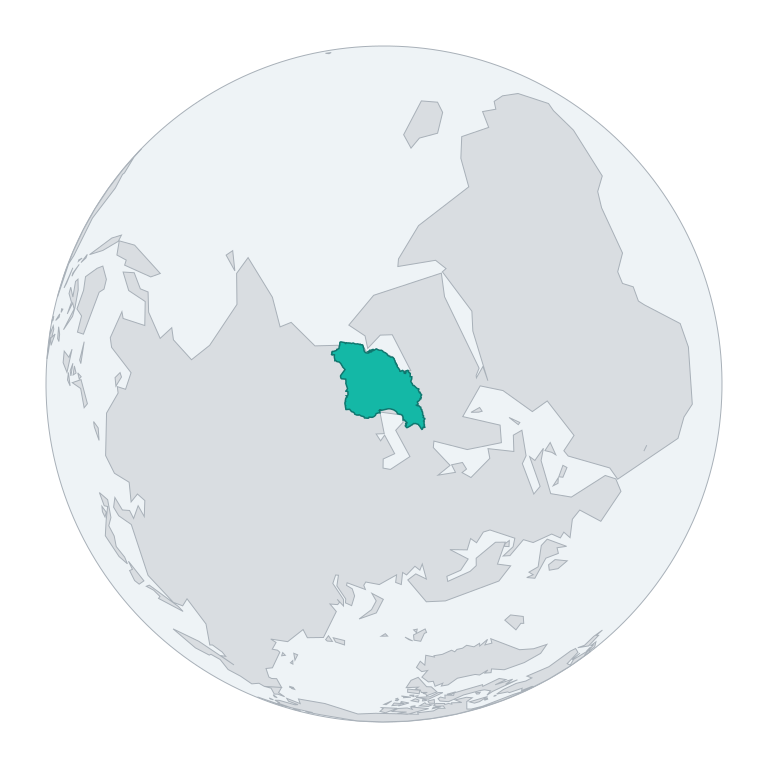 Iran highlighted on a globe, orthographic projection, rotated 181°
{"feature_id": "IRN", "entity_name": "Iran", "entity_type": "country or territory", "adm_level": 0, "iso_a3": "IRN", "parent_name": "Asia", "parent_adm1": "", "projection": "orthographic", "projection_center": [53.162, 32.435], "detail": "fine", "context": "on_globe", "style": "filled", "palette": "teal", "viewbox_px": 768, "rotation_deg": 181, "n_neighbors": 0, "source": "natural_earth", "source_scale": "50m", "svg_char_len": 16514}
<svg xmlns="http://www.w3.org/2000/svg" viewBox="0 0 768 768"><g transform="rotate(181 384 384)"><circle cx="384" cy="384" r="338" fill="#eef3f6" stroke="#a8b0b8"/><path d="M404.4,46.7L406.5,46.9L441.0,52.1L456.9,54.8L449.5,54.2L483.0,61.2L505.0,68.9L477.0,59.9L471.8,58.9L485.1,63.3L482.6,63.4L487.6,65.9L483.4,65.9L467.4,61.7L464.4,61.9L474.0,65.2L475.8,68.0L462.2,63.0L464.0,67.6L437.6,63.5L404.4,53.6L386.6,54.6L343.9,54.4L344.6,55.9L328.9,58.0L323.9,60.7L317.4,60.8L319.0,63.1L325.8,62.6L328.8,63.7L326.5,65.5L317.8,65.6L317.7,64.6L313.9,65.7L310.6,65.1L310.9,66.4L300.7,66.9L307.3,69.4L296.1,72.2L290.3,71.8L295.7,68.0L295.5,60.5L291.2,60.5L279.9,63.5L248.5,76.2L241.8,78.4L229.4,84.2L230.8,84.2L241.1,79.9L240.6,82.2L253.3,77.6L254.9,78.3L266.0,75.9L259.2,80.7L246.5,87.0L237.0,89.5L231.1,92.7L236.0,94.4L214.2,104.2L192.8,120.3L187.8,122.9L185.4,119.1L196.0,107.6L192.9,106.2L189.6,112.0L176.9,119.9L172.6,123.6L170.3,126.6L173.0,125.8L167.6,129.9L168.8,124.8L173.7,120.9L173.3,122.3L178.2,117.3L179.0,115.5L172.5,120.5L173.6,119.6L193.5,104.9L214.5,91.7L236.3,80.1L259.0,70.1L282.3,61.8L306.1,55.2L330.4,50.4L355.0,47.3L379.7,46.1L404.4,46.7ZM468.9,57.4L461.4,55.4L469.5,57.4L468.9,57.4ZM489.0,66.3L491.9,67.0L493.3,68.1L489.0,66.3ZM269.0,73.6L267.5,74.7L266.2,74.5L269.0,73.6ZM275.2,71.7L274.8,70.7L277.7,69.7L277.9,70.3L275.2,71.7ZM488.1,69.4L489.4,71.4L485.3,68.5L488.1,69.4ZM275.1,73.3L282.9,68.1L288.0,66.5L293.0,67.7L275.1,73.3ZM488.3,72.1L491.6,77.9L498.4,79.6L481.1,78.8L484.0,73.6L477.9,69.6L484.5,72.0L488.3,72.1ZM329.0,61.7L321.6,62.3L329.9,60.2L329.0,61.7ZM333.7,60.2L355.1,54.1L364.9,54.8L355.7,56.4L370.2,56.6L364.4,59.8L355.2,60.5L350.0,59.2L351.8,61.6L333.7,60.2ZM471.0,77.9L469.4,79.0L468.0,77.1L471.0,77.9ZM330.6,64.0L334.1,62.4L342.9,62.8L337.5,66.0L336.4,64.8L330.6,64.0ZM376.8,55.3L382.3,56.6L379.2,59.4L380.9,60.4L365.1,60.0L376.8,55.3ZM333.2,65.7L334.6,67.8L328.3,69.4L327.9,65.6L333.2,65.7ZM347.4,61.6L351.3,62.1L347.4,62.8L347.4,61.6ZM306.9,77.5L310.9,75.0L315.7,74.9L306.9,77.5ZM335.5,68.5L337.7,68.0L340.0,67.8L339.6,69.6L335.5,68.5ZM364.0,62.3L361.5,63.5L370.3,62.6L368.3,65.2L358.1,64.6L361.7,66.0L361.1,66.8L353.5,65.5L364.0,62.3ZM346.4,71.1L332.7,72.1L324.3,76.4L319.7,76.5L334.0,69.6L346.4,71.1ZM351.2,67.8L347.2,69.8L343.5,68.6L344.0,66.6L351.2,67.8ZM370.7,67.3L376.3,63.4L378.4,63.7L370.7,67.3ZM344.6,72.5L348.0,72.3L344.5,72.9L344.6,72.5ZM363.5,69.0L365.2,67.5L367.5,67.8L363.5,69.0ZM353.2,73.3L348.8,73.5L348.9,72.0L353.2,73.3ZM358.5,71.5L361.2,72.4L351.7,71.3L358.9,70.7L358.5,71.5ZM365.3,69.6L367.2,69.3L364.3,70.2L365.3,69.6ZM355.0,79.4L343.0,78.4L343.4,74.9L355.0,76.2L355.0,79.4ZM80.3,426.3L75.4,369.2L83.5,356.2L89.1,334.8L148.7,292.9L156.8,304.0L198.6,315.2L203.0,320.4L193.1,335.9L220.5,369.9L235.2,359.0L264.9,379.5L287.8,383.8L304.7,352.8L267.2,344.9L265.6,327.4L299.6,319.9L333.1,327.8L333.6,321.3L316.5,303.8L328.4,293.8L311.0,296.9L315.0,304.4L304.2,306.9L300.0,300.4L304.4,296.8L295.4,292.0L276.9,311.5L278.9,321.2L253.0,318.8L253.8,335.1L245.3,340.2L240.7,314.7L244.3,306.8L232.3,276.6L226.1,284.4L237.1,313.9L231.8,310.2L223.5,322.5L225.6,310.2L215.4,277.3L194.7,274.2L161.2,296.4L150.6,293.2L145.2,280.8L164.8,250.5L186.1,261.4L193.3,252.1L195.3,233.6L201.6,239.0L205.0,233.2L213.7,236.9L232.1,228.1L241.9,230.8L255.1,214.6L261.9,214.1L252.1,223.5L250.5,232.1L275.5,239.9L282.1,237.7L288.7,226.9L294.7,231.0L297.9,219.6L315.2,219.6L296.8,210.5L304.1,199.1L317.8,192.8L316.8,187.7L294.6,198.2L288.6,204.0L288.8,211.4L269.8,227.7L260.0,228.0L267.4,205.9L254.2,204.4L265.7,189.0L318.8,168.2L337.9,167.0L356.8,188.5L348.9,194.7L338.2,189.7L342.6,204.7L344.9,198.5L349.9,202.3L358.1,193.5L362.1,195.9L363.2,183.8L368.9,185.8L368.1,193.4L385.2,183.4L398.8,185.7L400.7,182.4L399.0,178.2L417.4,184.6L418.0,182.0L412.2,178.7L409.7,171.6L412.5,161.8L418.7,164.5L418.5,168.4L427.6,181.3L426.2,192.0L429.0,192.2L431.7,183.7L420.7,167.8L420.6,161.3L427.0,167.9L424.6,165.0L426.5,162.6L434.2,163.1L427.7,155.7L440.1,129.5L456.2,129.0L460.6,137.1L475.8,124.7L492.8,127.0L487.4,123.7L491.1,116.9L485.8,116.0L483.5,114.0L490.6,98.3L497.0,97.5L494.0,89.0L491.2,87.6L486.2,87.5L481.1,78.8L498.4,79.6L503.8,82.6L511.0,81.9L522.2,89.3L534.9,95.8L543.0,105.7L552.3,110.7L554.0,109.9L568.0,116.9L590.6,135.5L564.6,123.5L529.1,100.5L542.9,109.7L537.5,108.9L541.1,113.2L551.0,120.1L553.6,120.0L557.8,141.0L577.2,165.8L581.4,158.7L590.8,162.0L616.6,188.6L634.2,239.1L646.9,247.6L652.2,256.1L651.1,265.8L643.4,253.5L636.2,253.1L632.0,245.2L627.7,258.0L621.4,247.3L621.1,263.3L628.6,269.7L634.8,261.7L637.1,281.3L652.0,290.1L661.1,307.6L660.9,350.1L649.7,370.3L650.6,376.7L642.3,374.2L637.1,390.9L657.0,415.9L658.5,425.5L647.3,451.7L646.0,445.0L624.2,438.3L624.2,462.3L640.9,473.0L646.8,491.4L635.7,490.9L629.3,474.9L621.5,471.9L620.6,451.7L608.6,425.7L597.2,436.6L595.3,424.5L576.9,404.9L559.0,419.6L532.4,461.0L533.3,492.0L522.1,508.0L497.1,468.8L488.9,439.3L477.9,444.0L453.7,420.9L406.5,423.0L401.5,414.9L392.2,419.0L375.4,410.9L368.5,397.3L357.5,397.9L376.6,433.4L388.6,432.8L400.9,419.3L403.8,431.8L420.2,442.3L395.9,472.5L328.6,495.9L325.0,472.3L289.2,401.5L292.0,394.2L291.9,393.4L291.7,391.8L285.4,403.2L280.2,389.1L296.1,438.5L297.4,458.3L327.6,497.2L324.0,500.5L334.6,508.6L372.2,501.7L371.7,509.3L352.2,543.0L302.7,582.6L311.1,611.0L310.6,632.7L283.8,642.4L290.2,658.1L277.0,660.7L278.8,668.5L270.5,674.2L255.1,676.8L224.4,667.3L219.3,660.2L199.0,641.1L169.4,595.8L173.7,580.2L169.5,563.9L147.8,519.1L152.3,500.3L147.3,488.7L136.5,485.5L131.1,471.4L124.9,467.6L88.9,449.6L80.3,426.3ZM123.0,321.4L120.2,327.4L123.0,321.4ZM365.5,353.3L387.6,355.9L382.9,334.4L391.0,333.9L386.4,327.1L382.5,332.9L372.1,314.5L383.5,309.0L383.5,299.9L376.1,298.7L356.8,311.9L371.5,337.9L364.2,346.1L365.5,353.3ZM176.9,120.1L176.6,120.7L173.3,124.2L173.0,123.7L176.9,120.1ZM169.9,135.3L161.3,141.8L167.2,136.4L165.1,136.4L174.8,125.7L185.7,123.7L179.0,126.2L169.9,135.3ZM190.9,112.1L183.4,118.3L191.1,111.7L190.9,112.1ZM215.5,200.7L216.3,206.1L209.9,211.4L197.7,210.4L206.8,202.4L215.5,200.7ZM219.1,212.7L229.8,192.4L237.9,193.0L231.5,195.9L235.8,198.4L226.7,203.9L223.9,225.3L218.1,231.7L198.6,224.9L208.1,223.3L206.7,217.7L219.1,212.7ZM243.0,147.1L247.8,140.5L259.1,150.0L253.4,155.3L240.7,154.0L240.1,147.1L243.0,147.1ZM282.4,77.5L283.5,75.8L285.9,75.6L286.9,76.8L282.4,77.5ZM308.4,76.4L280.2,85.1L280.0,83.4L263.7,91.6L256.8,90.6L267.6,85.2L250.2,91.1L257.2,85.8L245.4,90.6L270.1,78.5L275.7,74.6L272.1,79.1L278.2,80.0L282.5,79.2L299.0,74.5L314.0,67.5L322.5,68.0L324.5,70.3L322.1,72.0L317.4,70.9L317.7,74.0L309.0,73.9L308.4,76.4ZM342.9,107.4L338.3,103.6L337.5,113.5L328.8,111.9L329.3,113.2L321.0,114.7L311.8,119.0L308.6,117.5L306.4,119.9L300.9,121.2L296.8,124.2L289.5,122.8L283.9,126.4L283.7,123.7L276.0,130.5L278.5,124.9L271.6,126.8L272.8,131.2L243.8,120.7L229.8,121.9L216.6,126.5L222.7,117.4L238.9,107.9L258.8,100.4L271.5,101.0L271.9,97.3L278.1,96.7L275.2,99.9L283.4,94.7L287.8,95.2L305.5,91.1L314.7,84.3L321.4,83.0L320.0,85.9L327.7,82.7L329.5,87.6L334.4,86.9L341.0,91.6L335.4,98.3L341.3,97.1L346.6,101.2L342.9,107.4ZM356.5,80.8L351.8,88.2L344.7,91.3L336.1,82.1L331.4,82.0L325.7,77.1L336.0,73.0L336.7,74.7L339.8,75.4L335.3,76.4L341.3,76.2L342.4,78.7L347.3,79.4L344.4,81.5L356.5,80.8ZM211.0,316.2L215.0,318.6L221.9,320.2L216.8,328.4L211.0,316.2ZM203.5,293.9L207.6,294.3L203.7,305.8L199.6,303.7L203.5,293.9ZM213.1,285.2L208.1,293.4L208.3,287.7L213.1,285.2ZM256.2,223.6L260.9,223.8L260.1,226.5L256.0,229.7L256.2,223.6ZM338.6,139.8L337.1,136.3L339.3,135.4L342.8,127.4L349.5,128.4L350.1,133.6L338.6,139.8ZM296.5,357.2L288.0,362.2L285.4,358.5L288.8,357.5L296.5,357.2ZM249.0,345.7L258.4,352.7L247.5,347.9L249.0,345.7ZM346.5,139.5L347.2,135.9L350.1,138.7L346.5,139.5ZM354.6,128.8L358.6,131.3L350.8,127.6L354.6,128.8ZM444.7,713.3L448.3,713.6L442.6,714.5L444.7,713.3ZM368.7,633.6L351.6,667.7L335.4,666.7L330.1,656.6L334.8,635.7L352.9,630.5L361.1,620.3L368.7,633.6ZM688.0,504.6L691.7,501.4L691.3,502.8L688.0,504.6ZM684.2,504.8L689.1,500.1L682.9,508.4L684.2,504.8ZM690.8,498.3L695.7,490.7L697.9,486.3L697.1,489.4L690.8,498.3ZM680.7,508.2L658.7,525.2L649.1,528.3L652.1,522.1L667.5,512.6L680.7,508.2ZM651.2,522.5L635.8,518.5L609.6,490.6L619.1,487.0L645.4,498.3L643.9,503.4L653.3,508.3L651.2,522.5ZM686.0,472.5L684.3,486.1L672.8,494.7L667.2,497.0L663.4,483.8L665.6,474.0L670.4,470.8L685.4,428.6L691.4,430.5L687.6,446.8L692.3,453.7L686.0,472.5ZM535.1,494.5L544.1,510.1L537.6,514.7L535.1,494.5ZM688.7,402.7L684.5,421.1L687.5,399.1L688.7,402.7ZM688.8,383.7L690.4,389.8L686.9,386.0L688.8,383.7ZM653.0,385.7L648.1,390.8L646.6,386.4L652.0,377.2L653.0,385.7ZM667.9,322.6L672.9,336.1L673.7,341.4L669.0,335.1L667.9,322.6ZM404.8,148.6L392.5,158.2L388.0,167.0L392.5,174.5L380.9,168.7L387.7,155.0L404.8,148.6ZM435.1,131.3L431.1,125.7L436.3,126.0L437.9,127.4L435.1,131.3ZM430.3,129.4L418.9,126.8L418.9,122.4L427.9,125.2L430.3,129.4ZM382.4,131.8L378.3,134.4L376.0,132.0L382.4,131.8ZM633.1,612.3L630.5,615.0L637.9,606.5L647.2,590.5L649.1,589.0L656.0,575.3L678.4,544.8L696.4,506.9L701.4,498.7L709.7,472.4L712.0,465.2L705.4,488.4L697.1,511.0L687.3,533.0L675.9,554.3L663.0,574.6L648.7,594.0L633.1,612.3ZM697.1,494.8L703.3,478.9L705.6,474.5L697.1,494.8ZM716.8,442.8L716.7,443.1L717.4,439.2L716.8,442.8ZM718.2,433.7L719.0,427.3L715.7,436.4L715.1,433.1L717.1,424.8L713.7,428.3L717.6,416.8L718.3,425.0L720.1,410.5L721.3,403.8L721.4,403.2L718.2,433.7ZM715.8,442.9L716.3,441.3L715.4,446.2L715.8,442.9ZM708.1,449.9L707.6,453.6L706.4,453.2L708.1,449.9ZM710.0,445.1L713.4,441.8L709.4,448.5L710.0,445.1ZM695.1,453.6L696.7,459.6L701.9,448.5L697.9,460.3L700.5,469.0L698.9,475.3L696.6,465.5L694.2,481.2L691.8,483.5L691.4,472.7L694.3,455.0L696.6,446.2L705.4,432.7L695.1,453.6ZM710.3,435.6L709.2,428.2L709.8,420.8L711.1,423.7L710.3,435.6ZM704.3,411.3L699.5,405.2L696.5,413.4L701.2,390.1L705.2,399.8L704.3,411.3ZM698.0,391.7L695.4,399.3L697.2,386.6L698.0,391.7ZM693.9,396.7L692.1,389.6L695.0,387.6L693.9,396.7ZM699.7,390.0L697.8,376.6L700.5,382.5L699.7,390.0ZM687.2,374.2L695.7,379.9L687.0,383.1L680.2,359.1L683.4,355.0L687.2,374.2ZM663.9,256.8L659.5,251.0L660.6,246.1L663.3,251.4L663.9,256.8ZM660.0,227.4L659.4,243.0L658.2,256.7L661.6,257.4L666.7,270.5L658.3,263.5L654.7,245.7L656.7,237.5L651.1,227.3L648.9,216.8L640.3,206.4L637.4,199.7L645.9,206.9L660.0,227.4ZM636.4,202.3L620.6,183.0L625.3,179.6L629.9,183.1L635.1,193.1L632.3,194.3L636.4,202.3ZM618.1,177.6L615.2,178.8L585.9,158.1L580.9,153.1L605.7,165.7L604.3,167.7L610.7,173.8L618.1,177.6ZM473.0,80.0L469.7,79.1L472.8,78.9L473.0,80.0ZM480.6,113.7L477.9,111.0L481.6,110.5L480.6,113.7ZM472.7,103.6L470.4,105.9L470.2,102.3L472.7,103.6ZM465.6,111.7L468.2,106.3L469.5,113.2L465.6,111.7Z" fill="#d9dde1" stroke="#a8b0b8" stroke-width="1"/><path d="M387.5,355.1L388.8,355.1L389.3,355.0L390.6,354.5L390.9,354.4L391.2,354.3L391.4,354.1L391.9,352.8L392.1,352.5L392.9,351.7L394.3,350.8L395.2,350.5L396.4,350.5L397.4,350.6L398.2,350.6L398.4,350.6L398.5,350.5L398.6,349.9L398.8,349.7L399.2,349.5L400.2,349.5L400.7,349.5L401.3,349.7L402.7,349.6L403.0,349.8L403.2,350.1L403.3,350.3L403.4,350.9L403.5,351.0L403.8,351.1L404.3,351.2L405.1,351.3L406.4,351.7L407.0,352.0L407.8,352.6L408.4,352.8L408.6,352.7L409.1,352.4L409.6,352.6L410.3,352.4L410.9,352.6L412.4,353.2L412.5,353.2L412.7,353.3L412.9,353.7L413.0,354.3L413.5,354.8L414.0,355.2L415.9,355.8L416.4,356.3L417.9,358.1L421.5,357.8L421.8,358.2L421.8,359.0L422.0,359.9L422.2,360.4L422.2,361.0L422.0,361.7L422.3,361.9L422.5,362.3L422.6,362.9L422.5,363.3L422.6,363.5L422.7,363.8L422.8,364.1L422.8,364.4L422.7,364.6L422.5,365.3L422.5,365.6L422.1,365.9L422.2,366.2L422.4,366.9L422.1,367.9L422.2,368.3L421.7,369.2L421.7,369.5L421.0,370.2L420.7,370.3L420.7,370.6L420.8,370.7L421.5,371.5L420.3,371.7L419.7,373.0L420.0,374.5L419.8,375.2L420.0,375.7L420.3,375.9L420.7,376.1L421.5,376.0L422.0,376.1L422.0,376.3L421.1,377.4L420.4,378.6L420.5,379.1L420.6,379.4L422.1,383.7L422.2,384.2L422.0,385.3L422.1,385.9L422.2,386.8L422.2,387.2L422.4,388.2L422.6,388.2L426.6,388.5L427.1,389.0L427.5,390.3L427.6,391.2L427.5,391.7L423.2,397.8L425.8,400.5L425.9,401.1L426.9,402.5L427.3,403.3L427.6,403.7L429.0,405.1L429.8,405.3L430.3,405.4L431.5,405.6L431.9,405.9L432.6,406.6L433.4,406.4L433.6,406.4L433.6,406.5L433.6,407.9L434.0,409.1L434.2,410.8L434.1,411.7L434.0,412.2L434.1,412.3L434.4,412.4L434.9,412.4L436.2,412.1L436.7,412.3L436.9,412.6L437.0,412.8L436.7,413.1L436.6,413.5L436.8,414.2L436.8,414.3L436.5,414.5L436.5,415.5L436.4,415.6L436.1,415.7L434.5,415.8L434.3,415.9L433.7,416.2L432.7,416.5L432.1,416.9L431.8,417.3L431.8,417.7L431.2,417.7L431.0,418.0L429.7,418.7L429.6,419.1L429.4,421.0L429.0,421.4L429.0,421.5L429.1,421.9L428.9,422.5L428.9,424.3L428.8,424.8L428.5,424.8L428.3,425.1L427.9,425.4L426.3,425.1L423.9,424.7L423.6,424.4L423.4,423.9L423.0,423.8L422.5,424.6L420.5,424.3L419.8,424.5L419.4,424.3L418.3,424.3L417.4,423.9L416.2,424.3L415.3,424.4L413.9,423.7L412.5,423.5L411.4,423.7L410.8,423.6L409.8,423.4L409.3,423.1L408.6,423.4L408.3,423.0L406.1,422.7L405.4,421.3L405.4,420.5L404.8,419.3L404.6,417.5L404.4,416.8L404.1,416.2L403.7,415.7L403.2,415.2L402.7,414.9L400.7,414.6L400.4,414.6L399.5,415.0L398.6,415.6L397.1,416.0L396.8,416.3L396.4,416.9L395.9,417.2L395.2,417.2L394.5,417.5L393.1,418.5L392.4,418.9L391.8,418.8L391.2,418.4L389.7,417.8L388.8,417.6L387.5,417.7L386.9,417.6L385.8,416.9L385.5,416.3L384.9,416.0L383.1,415.2L381.5,414.1L381.3,413.7L381.1,413.1L380.4,412.4L378.9,411.8L378.1,411.1L377.1,411.0L376.2,411.0L375.8,410.9L375.4,410.6L374.2,409.3L374.2,408.8L373.5,407.5L373.3,407.0L373.1,405.8L372.9,405.4L372.1,404.9L372.0,404.5L372.2,404.1L372.2,403.8L371.8,403.4L371.2,403.2L371.1,402.8L371.2,402.1L371.1,401.6L370.6,400.9L369.8,400.1L369.0,398.9L368.7,398.6L368.3,397.0L367.8,396.9L365.6,397.9L365.0,397.3L363.1,396.1L362.8,395.7L363.1,395.6L363.3,395.6L363.8,395.8L364.1,395.6L364.0,395.2L363.5,395.0L362.9,395.0L363.0,395.3L362.4,395.6L362.3,396.0L362.4,397.2L362.1,397.6L361.9,397.7L361.1,397.7L360.7,398.0L360.4,398.1L359.9,397.6L359.7,397.2L359.7,396.9L359.8,396.7L359.7,396.5L359.4,396.1L359.2,395.9L358.9,395.9L358.7,395.7L358.5,395.3L358.1,395.0L357.9,395.0L358.0,391.9L356.3,391.7L356.4,389.4L357.3,387.1L356.2,385.3L355.8,384.9L355.2,383.3L355.0,383.1L354.8,383.0L354.0,383.0L351.4,380.6L350.5,380.0L350.1,379.9L349.2,379.8L349.1,379.7L349.1,379.3L349.1,379.0L349.4,378.5L349.5,378.2L348.9,377.0L348.8,376.7L348.2,376.5L348.4,376.2L348.3,375.9L348.2,375.8L348.1,375.7L347.6,375.8L346.5,373.9L346.2,373.7L346.9,372.5L346.9,372.2L346.9,371.8L346.5,371.0L346.9,370.3L346.9,370.0L347.6,370.1L347.7,369.9L347.7,369.1L347.9,368.8L349.1,367.5L350.2,367.0L350.3,366.6L350.2,366.1L350.2,365.9L349.7,365.2L349.6,364.9L349.6,364.6L349.7,364.1L350.0,363.8L350.6,363.6L351.1,363.4L350.6,363.0L349.6,362.8L348.8,362.8L348.5,362.7L348.2,362.2L347.8,361.8L347.5,361.6L347.1,361.6L346.9,361.5L346.5,359.5L346.4,359.2L345.9,359.1L345.7,358.8L345.6,358.4L345.7,357.7L345.6,357.4L345.5,357.2L345.0,356.8L344.8,355.2L344.7,354.8L344.7,354.3L344.9,354.0L344.9,353.9L344.5,353.4L343.9,352.9L344.0,352.2L343.9,351.6L344.2,351.3L344.0,351.1L343.3,350.6L343.1,350.3L342.6,350.2L342.6,349.7L342.9,349.3L343.2,348.9L343.3,348.7L343.5,348.1L343.8,347.7L343.3,347.3L343.2,347.3L343.2,347.1L343.3,346.3L343.2,345.4L343.3,344.6L343.2,344.5L342.9,344.0L342.8,343.7L343.0,343.3L343.1,342.8L342.7,342.3L342.6,341.8L342.5,341.4L343.0,341.3L343.9,341.4L344.2,341.3L344.6,339.9L344.9,339.5L345.3,339.3L346.1,340.1L346.9,341.5L347.2,341.8L347.4,342.2L347.5,342.5L348.0,342.9L348.3,343.2L348.9,344.1L349.3,344.3L352.0,345.1L352.7,344.9L353.7,345.0L355.2,343.6L355.8,343.5L356.2,343.1L356.8,342.6L357.5,342.2L359.6,341.0L360.1,340.8L360.6,340.8L361.8,342.2L362.0,342.5L361.7,342.8L361.1,343.0L360.9,343.4L360.9,343.6L361.0,343.8L361.7,344.3L361.7,344.5L361.6,344.9L361.5,345.0L360.6,345.2L360.3,345.5L360.4,345.9L361.2,346.5L361.5,346.9L361.6,347.1L362.0,347.2L362.1,347.3L362.9,348.4L363.1,348.4L364.2,348.3L364.3,350.0L364.3,350.8L364.5,351.5L365.0,352.8L365.4,353.2L366.3,353.7L366.7,353.9L367.9,354.0L369.1,354.3L369.8,354.5L370.0,354.7L370.2,354.9L370.7,356.1L371.6,356.9L373.4,358.1L374.3,358.5L377.4,359.3L379.4,359.3L385.0,357.9L386.9,357.5L387.6,357.5L387.1,357.8L386.4,358.0L386.9,358.2L387.8,358.2L388.0,358.0L388.1,357.7L387.5,355.1ZM399.9,416.2L399.4,417.0L398.7,417.6L398.4,417.4L398.1,417.4L397.6,417.6L397.2,417.7L396.5,418.1L395.9,418.3L395.3,418.3L395.2,418.0L395.2,417.9L395.5,418.0L396.5,417.6L397.7,416.9L397.8,416.7L397.6,416.2L398.4,416.4L399.3,415.9L400.0,415.8L400.4,416.1L399.9,416.2Z" fill="#14b8a6" stroke="#0f766e" stroke-width="1.5"/></g></svg>